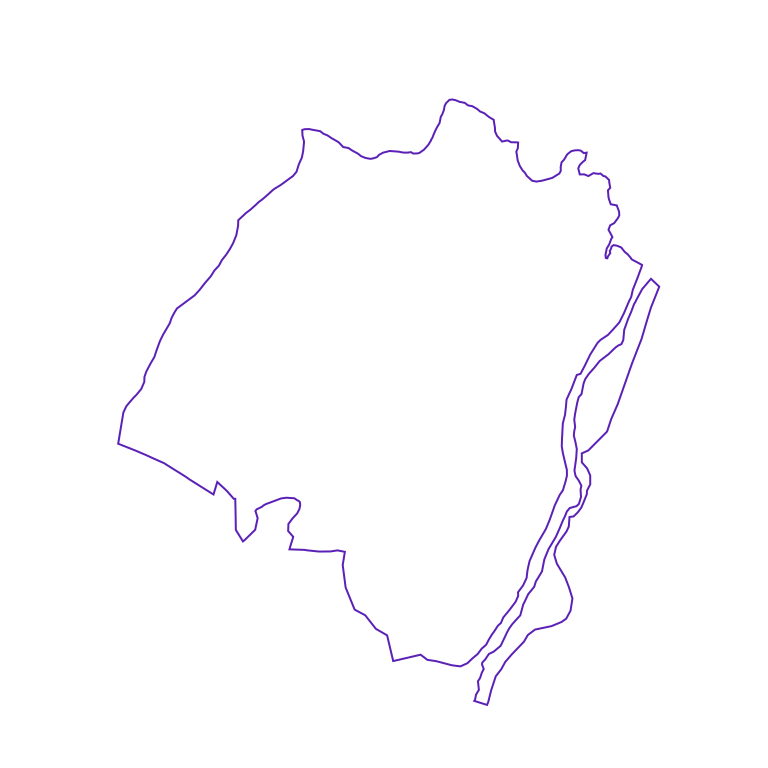 outline of Al Fashn, Bani Suwayf, Egypt, rotated 12°
{"feature_id": "37247803B34846492708063", "entity_name": "Al Fashn", "entity_type": "district", "adm_level": 2, "iso_a3": "EGY", "parent_name": "Egypt", "parent_adm1": "Bani Suwayf", "projection": "natural_earth1", "projection_center": [30.866, 28.805], "detail": "fine", "context": "isolated", "style": "outline", "palette": "violet", "viewbox_px": 768, "rotation_deg": 12, "n_neighbors": 0, "source": "geoboundaries", "source_scale": "gbopen_adm2", "svg_char_len": 5746}
<svg xmlns="http://www.w3.org/2000/svg" viewBox="0 0 768 768"><g transform="rotate(12 384 384)"><path d="M465.0,119.9L463.8,120.0L462.3,120.3L457.9,121.1L455.2,120.2L453.5,120.3L449.1,122.3L442.9,117.7L440.2,114.0L439.2,110.2L437.4,105.6L436.4,102.8L431.1,101.0L425.8,98.3L421.4,97.5L417.9,95.6L412.6,93.9L408.2,94.0L404.6,92.2L399.4,92.3L395.0,91.5L391.5,91.5L388.9,92.5L386.3,96.4L385.5,99.2L385.6,103.9L384.8,108.6L384.0,110.6L384.1,117.1L383.4,119.2L382.5,121.9L381.7,124.7L380.9,128.5L380.5,130.6L380.1,133.3L379.3,135.2L379.3,136.1L377.6,140.9L376.0,143.7L374.3,146.6L372.5,148.5L370.8,150.4L369.1,151.4L364.7,152.5L362.1,151.6L359.5,152.6L355.1,153.6L352.5,153.7L349.9,153.7L341.1,154.9L335.0,157.9L332.3,160.2L331.6,160.8L329.9,163.6L326.4,165.6L323.8,166.6L320.3,166.7L318.6,166.7L314.2,165.9L310.6,164.1L304.5,162.3L300.0,160.5L299.0,160.6L294.8,160.7L292.1,158.8L289.4,157.0L286.8,156.1L281.5,154.4L277.1,152.6L272.7,151.8L269.1,150.0L264.7,150.1L260.3,150.2L257.7,150.2L253.3,151.3L251.2,152.5L252.6,157.9L255.4,163.5L256.5,172.9L256.6,179.5L255.0,187.0L254.3,194.6L251.8,199.4L247.5,204.2L241.5,210.9L236.4,215.7L234.7,217.7L231.3,222.5L227.0,228.2L223.6,232.1L221.0,235.9L216.8,241.6L213.4,245.5L207.4,254.1L208.4,259.7L208.6,269.2L207.1,277.7L205.4,283.4L202.9,290.0L199.6,296.7L198.0,302.4L194.6,308.1L192.1,314.8L187.9,322.4L184.0,330.4L180.3,336.7L173.5,344.4L170.1,348.3L165.8,353.1L164.1,357.8L162.5,363.5L161.8,369.2L157.7,381.5L156.0,388.2L155.3,392.9L154.5,398.6L153.8,405.2L151.3,412.8L148.9,421.3L148.2,427.0L149.1,431.7L147.6,439.3L144.2,445.9L141.7,449.8L139.1,454.5L136.6,459.3L135.0,466.0L136.4,497.7L154.3,500.7L166.5,503.1L174.1,504.8L185.5,507.2L187.2,507.9L209.2,515.9L213.7,517.8L228.1,523.1L239.3,527.2L240.2,527.5L241.3,514.5L252.6,521.3L260.9,527.5L262.4,527.2L266.5,544.8L269.4,557.5L277.9,566.4L278.8,567.3L280.5,565.1L288.3,553.4L288.3,541.5L285.1,535.7L284.6,535.0L285.5,533.1L290.1,529.5L291.4,527.8L293.5,526.0L300.3,521.7L307.0,517.4L310.3,516.2L312.4,515.5L320.1,514.4L323.6,515.9L324.7,516.0L326.3,517.0L327.2,519.9L327.3,523.6L326.0,528.6L322.6,534.3L320.1,539.7L319.6,540.8L320.8,547.7L325.8,551.5L327.0,552.4L326.0,563.5L325.9,565.4L327.0,565.2L341.1,562.7L343.1,562.7L355.3,561.4L366.5,558.9L368.9,558.0L373.2,556.4L374.2,556.4L380.6,556.3L381.2,568.3L381.2,569.5L388.8,591.1L389.5,592.1L402.2,610.8L413.7,614.1L427.0,625.2L438.4,628.9L439.3,629.2L450.6,653.1L451.3,652.8L474.9,641.7L476.1,641.2L483.8,644.8L492.0,644.3L494.1,644.3L504.0,644.8L508.7,645.0L509.2,645.0L517.5,644.3L523.6,639.8L527.7,633.8L531.8,628.6L534.6,622.5L538.1,617.9L539.7,612.2L541.6,606.7L543.0,603.7L545.7,596.7L548.1,593.4L549.2,587.6L553.9,578.5L558.0,569.7L559.3,563.4L558.4,559.8L561.9,552.2L563.8,544.1L563.1,536.3L563.1,532.2L563.2,526.9L566.1,512.7L568.2,505.1L570.1,499.4L572.5,492.1L574.3,482.4L576.3,467.1L578.9,456.1L581.1,450.7L581.7,443.2L581.8,442.5L582.0,435.6L580.7,429.9L577.8,423.9L573.2,414.1L570.8,407.9L569.3,399.2L567.1,385.4L567.4,377.9L567.5,376.9L566.8,369.4L565.8,361.3L567.9,352.0L568.4,349.8L568.6,348.5L570.7,335.1L574.1,333.2L576.5,324.7L579.6,312.3L582.1,305.4L584.5,299.0L587.0,295.4L592.8,289.5L596.2,283.9L601.4,274.8L604.0,264.8L606.4,252.4L607.7,247.5L607.8,240.0L609.9,227.6L611.7,215.0L611.7,213.9L600.4,210.6L599.2,209.4L598.2,208.6L595.6,206.6L593.9,205.7L592.1,204.8L587.6,201.1L583.2,200.3L579.7,200.4L578.0,202.3L578.0,204.2L577.2,207.0L578.1,208.9L577.3,210.8L576.5,212.7L576.3,214.6L574.8,214.6L573.8,211.8L573.7,205.2L575.3,200.5L576.1,194.8L576.9,192.9L575.4,191.0L571.5,186.4L572.3,181.7L575.7,178.8L578.3,173.1L579.1,170.2L578.1,166.5L574.5,160.9L571.0,161.0L568.4,161.0L565.6,156.4L564.7,154.5L562.8,148.0L564.5,145.1L562.6,140.4L561.7,137.6L557.3,134.9L555.5,135.0L552.0,133.1L550.0,133.9L545.0,134.2L540.7,138.1L536.3,137.3L531.9,138.3L531.0,136.4L529.2,132.7L530.0,128.9L532.5,125.1L534.2,123.2L534.1,115.6L531.4,116.6L527.9,114.8L525.3,114.9L521.8,115.9L518.8,117.3L515.8,120.8L514.9,122.7L514.1,125.5L513.3,127.4L511.6,130.3L511.7,135.0L512.6,138.7L511.8,141.6L506.7,146.5L505.8,147.4L496.3,152.3L491.0,154.3L486.7,154.4L480.5,150.8L477.8,148.0L475.1,146.2L471.5,142.5L469.7,139.7L468.3,137.6L466.0,131.3L465.1,129.4L465.9,125.7L465.0,119.9ZM633.0,231.6L623.3,225.6L621.3,229.2L616.8,237.5L613.0,250.5L612.9,251.3L612.0,253.8L610.7,262.5L609.3,269.2L607.7,281.1L608.7,289.4L608.9,291.3L608.7,292.4L607.9,295.7L605.4,297.4L602.8,300.2L597.4,308.2L590.2,316.6L586.2,324.6L582.3,331.4L579.8,337.4L579.1,342.1L579.3,352.8L577.2,356.4L576.9,362.3L577.1,373.4L577.5,379.3L579.9,386.3L579.9,390.7L580.4,395.0L583.1,400.5L586.1,407.5L587.4,416.6L588.3,429.2L590.6,434.3L594.4,437.8L598.2,442.4L598.2,446.4L600.2,453.5L599.6,460.6L597.8,463.4L591.5,466.7L589.4,470.6L588.4,476.2L587.3,480.6L586.0,487.8L583.9,497.7L581.5,504.8L579.3,511.2L577.3,522.3L577.5,534.5L573.6,545.6L573.1,551.1L568.8,559.5L567.0,567.0L566.0,571.0L565.4,582.0L561.8,588.0L559.3,592.4L557.2,597.2L555.8,602.0L555.1,605.2L553.2,613.1L552.5,615.9L549.2,620.1L546.8,623.1L542.7,626.3L540.3,632.3L538.1,635.9L538.1,637.8L540.8,642.1L539.7,646.1L539.1,651.6L537.7,655.2L540.4,663.5L538.6,668.8L538.7,673.6L538.2,675.2L551.5,676.5L552.1,673.1L552.5,661.5L554.1,646.6L558.0,638.6L560.4,630.6L565.2,621.9L574.5,606.9L576.9,599.6L582.8,592.8L598.2,586.0L607.2,579.8L611.0,575.7L613.6,566.9L612.9,554.6L607.2,544.4L601.4,535.5L590.5,523.9L586.0,515.7L586.1,507.5L588.6,500.7L593.1,490.5L594.4,485.0L593.1,475.5L597.0,474.1L600.2,469.3L602.7,463.9L604.0,457.1L605.3,449.6L604.7,446.2L606.6,439.3L604.7,430.5L600.2,424.3L593.8,419.5L591.9,410.7L597.6,406.6L612.1,384.1L613.5,371.3L616.8,355.1L622.4,311.7L626.6,286.1L627.9,268.9L629.2,253.9L633.0,231.6Z" fill="none" stroke="#5b21b6" stroke-width="2"/></g></svg>